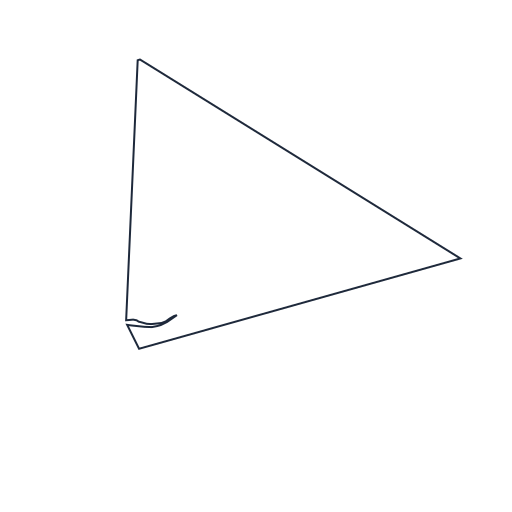 the district of Ngesias, Peleliu, Palau, rotated 204°
{"feature_id": "81905179B61182383580434", "entity_name": "Ngesias", "entity_type": "district", "adm_level": 2, "iso_a3": "PLW", "parent_name": "Palau", "parent_adm1": "Peleliu", "projection": "mercator", "projection_center": [134.244, 7.006], "detail": "fine", "context": "isolated", "style": "outline", "palette": "slate", "viewbox_px": 512, "rotation_deg": 204, "n_neighbors": 0, "source": "geoboundaries", "source_scale": "gbopen_adm2", "svg_char_len": 477}
<svg xmlns="http://www.w3.org/2000/svg" viewBox="0 0 512 512"><g transform="rotate(204 256 256)"><path d="M348.5,144.5L346.1,145.8L342.4,147.9L338.9,148.7L336.5,148.3L334.3,148.7L328.3,149.6L324.0,151.2L320.5,153.2L315.0,156.4L311.8,159.6L309.4,163.8L306.5,167.8L304.2,169.8L310.4,159.6L314.9,154.2L317.8,151.8L322.2,148.7L328.9,146.0L341.8,141.8L345.7,140.7L325.1,123.7L68.3,336.9L441.9,388.3L443.7,386.7L348.5,144.5Z" fill="none" stroke="#1e293b" stroke-width="2"/></g></svg>